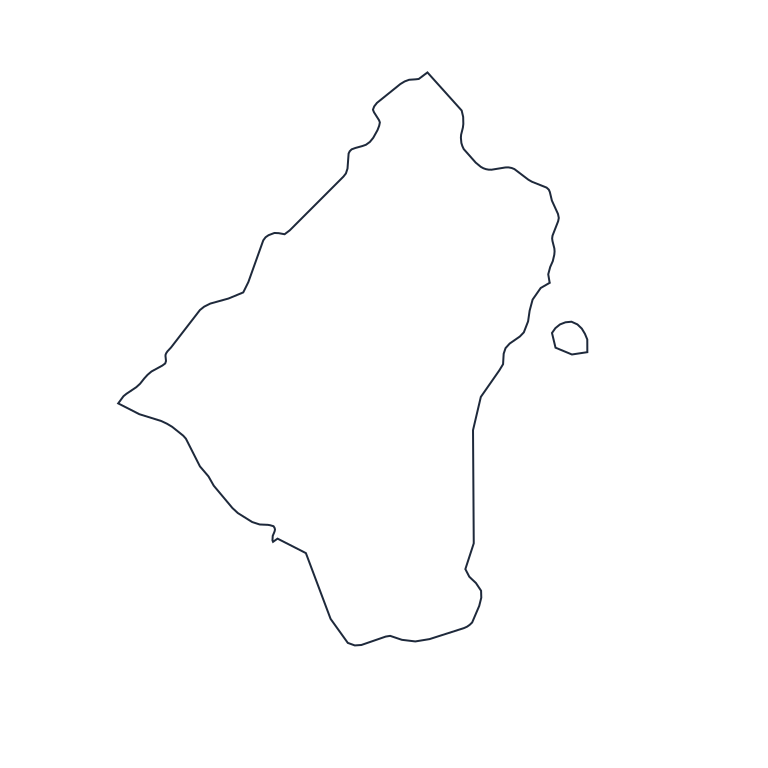 the Province of Gegharkunik, rotated 60°
{"feature_id": "ARM-1672", "entity_name": "Gegharkunik", "entity_type": "Province", "adm_level": 1, "iso_a3": "ARM", "parent_name": "Armenia", "parent_adm1": "", "projection": "mercator", "projection_center": [45.283, 40.3], "detail": "fine", "context": "isolated", "style": "outline", "palette": "slate", "viewbox_px": 768, "rotation_deg": 60, "n_neighbors": 0, "source": "natural_earth", "source_scale": "10m", "svg_char_len": 2170}
<svg xmlns="http://www.w3.org/2000/svg" viewBox="0 0 768 768"><g transform="rotate(60 384 384)"><path d="M379.2,189.9L379.2,200.3L385.2,213.1L393.3,221.2L401.8,227.9L409.2,237.1L410.8,242.6L411.8,254.9L413.7,260.8L417.6,265.2L426.4,271.0L429.9,277.4L443.6,306.6L468.5,330.0L566.8,385.9L567.1,386.2L585.0,406.1L593.5,406.5L596.3,405.7L602.3,403.9L611.6,403.3L617.7,406.6L623.8,412.5L634.6,426.9L635.4,430.1L635.7,433.3L635.4,436.6L627.7,472.1L622.6,485.6L614.5,496.4L605.2,504.6L603.6,508.8L598.7,534.1L595.8,540.0L590.1,544.8L560.7,547.7L491.4,536.2L464.7,553.5L465.2,559.0L463.7,558.8L459.9,556.3L457.7,553.4L456.7,552.2L455.4,551.1L453.8,550.7L451.9,550.8L449.3,553.3L447.9,555.0L443.5,561.9L437.6,567.2L422.7,575.1L415.6,577.3L386.9,582.3L376.3,582.2L363.3,584.6L332.3,582.9L328.4,583.7L315.1,588.9L309.9,591.8L304.7,595.4L287.8,611.0L267.9,623.9L264.3,615.7L263.7,611.9L262.9,600.1L261.8,595.1L259.3,588.8L257.8,584.1L256.9,579.1L257.2,566.7L256.8,563.2L255.1,561.3L250.4,559.2L249.3,558.4L248.3,557.0L247.4,555.1L245.9,550.2L227.9,506.4L227.1,501.1L227.5,494.2L232.2,476.0L234.3,460.1L227.9,450.5L199.2,416.7L197.7,413.2L197.4,409.6L198.4,403.4L200.7,399.8L204.6,395.2L203.8,388.8L184.1,315.4L182.6,311.7L179.2,307.9L166.7,299.4L165.3,297.3L164.6,294.7L165.3,290.7L167.1,283.8L167.8,280.0L167.3,275.2L165.4,270.2L160.9,262.7L157.9,259.0L155.4,256.8L153.1,256.4L143.6,256.8L140.9,256.4L138.7,253.7L137.0,249.5L132.4,219.9L132.3,214.8L133.1,210.1L135.9,204.4L137.2,201.4L135.9,190.6L186.0,180.0L192.3,181.9L198.5,185.3L201.4,187.5L206.7,192.6L209.2,194.3L214.0,196.5L217.2,197.2L220.4,197.5L238.1,193.9L244.3,191.6L246.8,190.1L248.9,188.3L250.7,186.2L252.2,183.7L257.2,170.5L258.8,167.7L260.8,165.4L263.1,163.6L279.3,156.8L282.9,154.7L295.2,145.0L298.1,144.1L300.7,144.4L309.1,146.9L323.7,148.3L327.6,149.6L330.1,151.8L339.8,163.9L342.0,165.6L344.4,166.6L351.8,168.7L354.5,170.0L357.2,171.9L362.0,176.4L365.8,181.6L371.1,186.9L379.1,189.9L379.2,189.9ZM441.0,184.9L447.1,185.7L458.1,192.0L452.4,206.5L438.3,217.3L423.8,213.0L421.3,207.6L420.4,201.8L421.3,196.0L423.8,190.5L429.1,186.7L434.9,185.0L441.0,184.9Z" fill="none" stroke="#1e293b" stroke-width="2"/></g></svg>